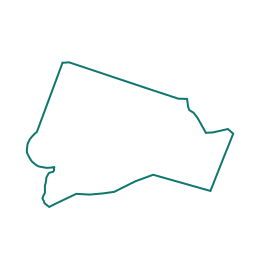 map outline of Borkou (Robinson projection), rotated 82°
{"feature_id": "TCD-5577", "entity_name": "Borkou", "entity_type": "Préfecture", "adm_level": 1, "iso_a3": "TCD", "parent_name": "Chad", "parent_adm1": "", "projection": "robinson", "projection_center": [18.999, 18.69], "detail": "fine", "context": "isolated", "style": "outline", "palette": "teal", "viewbox_px": 256, "rotation_deg": 82, "n_neighbors": 0, "source": "natural_earth", "source_scale": "10m", "svg_char_len": 1420}
<svg xmlns="http://www.w3.org/2000/svg" viewBox="0 0 256 256"><g transform="rotate(82 128 128)"><path d="M155.5,28.8L158.3,30.3L161.6,32.2L165.0,34.2L168.3,36.1L171.6,38.0L175.0,39.9L178.3,41.8L181.7,43.7L185.0,45.6L188.4,47.5L191.7,49.4L195.1,51.3L198.4,53.2L201.8,55.1L177.8,109.6L181.8,128.1L189.3,150.5L189.3,161.4L188.6,175.3L186.0,188.4L192.8,210.0L195.2,217.0L191.0,221.1L188.5,221.5L187.5,222.0L186.1,222.4L186.0,222.5L185.8,222.5L185.4,222.3L182.8,220.9L181.4,219.8L180.9,219.5L180.0,219.2L177.8,218.9L174.1,218.4L172.7,218.0L171.6,217.4L168.3,216.3L166.1,215.9L165.7,215.7L162.1,213.1L161.7,212.7L161.5,212.3L161.4,212.1L161.4,211.9L161.0,209.0L160.9,208.3L160.8,208.2L160.6,207.9L160.3,207.6L160.0,207.4L159.8,207.3L158.9,207.0L158.6,207.0L158.4,207.0L157.9,207.1L157.6,207.1L157.4,207.0L157.0,206.5L156.7,206.4L156.4,206.5L156.5,209.8L156.2,213.6L156.2,214.0L154.1,220.5L153.3,222.3L151.8,224.2L148.7,227.1L147.6,227.9L144.8,229.3L139.4,231.2L138.6,231.4L136.3,231.4L130.6,229.9L128.9,229.1L125.5,226.8L123.0,224.1L120.7,221.2L119.5,219.1L119.2,218.9L118.9,218.6L87.0,201.4L54.7,184.0L54.2,183.8L54.3,183.5L54.4,182.7L54.5,181.2L54.6,179.8L54.7,178.4L54.9,177.0L76.3,134.0L91.3,103.9L106.0,74.0L107.4,65.5L115.4,65.5L118.8,64.8L122.1,60.9L127.5,57.8L137.5,53.9L143.6,51.6L144.2,44.7L143.6,36.9L142.9,29.2L148.3,24.6L151.6,26.5L154.9,28.4L155.5,28.8Z" fill="none" stroke="#0f766e" stroke-width="2"/></g></svg>